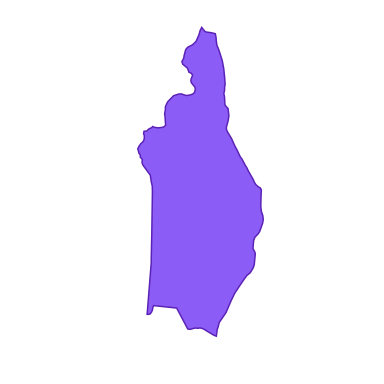 Querência do Norte, Paraná, Brazil (orthographic projection), rotated 149°
{"feature_id": "56859067B64295279901958", "entity_name": "Querência do Norte", "entity_type": "district", "adm_level": 2, "iso_a3": "BRA", "parent_name": "Brazil", "parent_adm1": "Paraná", "projection": "orthographic", "projection_center": [-53.558, -23.06], "detail": "fine", "context": "isolated", "style": "filled", "palette": "violet", "viewbox_px": 384, "rotation_deg": 149, "n_neighbors": 0, "source": "geoboundaries", "source_scale": "gbopen_adm2", "svg_char_len": 2079}
<svg xmlns="http://www.w3.org/2000/svg" viewBox="0 0 384 384"><g transform="rotate(149 192 192)"><path d="M171.2,278.5L172.0,276.8L175.3,273.0L176.1,270.9L180.2,262.9L182.1,262.3L184.4,262.8L187.9,264.4L190.8,266.7L192.0,268.4L193.5,267.9L196.1,268.3L199.5,267.6L201.8,268.8L203.4,267.1L203.9,264.9L204.9,263.1L206.2,261.5L208.3,260.3L211.3,259.7L214.4,258.2L216.3,256.9L216.8,254.8L217.5,252.7L217.3,250.4L218.4,248.5L217.8,245.5L219.7,243.0L220.2,240.4L219.6,233.6L219.1,227.8L221.5,222.2L223.0,217.6L225.9,212.4L226.8,211.0L243.7,183.8L248.0,176.9L261.5,155.5L263.2,152.6L293.5,110.2L291.1,109.0L288.7,109.8L286.6,111.3L285.2,113.1L283.4,114.4L264.9,100.4L266.2,76.7L264.1,75.1L261.6,74.5L259.0,73.6L257.1,72.1L255.2,71.4L253.8,70.1L252.4,68.2L249.8,63.1L246.8,57.6L245.4,55.9L241.0,61.4L239.4,62.6L235.9,66.1L225.0,71.1L214.7,78.5L207.7,83.1L198.3,87.6L193.7,89.7L192.2,90.4L187.9,92.2L184.1,92.7L182.0,93.6L178.6,95.5L176.0,97.7L169.6,106.4L169.0,108.5L168.9,112.1L165.0,117.5L163.8,119.0L161.4,120.8L156.8,122.1L154.3,123.3L147.6,128.8L145.1,131.7L143.5,135.2L142.5,139.8L140.4,144.3L134.5,153.6L132.4,156.7L131.4,158.4L131.4,160.5L132.5,162.3L133.5,165.6L133.5,168.6L133.1,170.8L132.9,180.4L132.5,184.9L132.6,187.2L132.5,188.9L132.2,194.2L132.5,197.5L131.8,204.3L131.5,209.9L130.6,217.2L130.6,224.7L130.3,227.9L129.0,230.0L127.2,231.7L124.4,234.4L121.0,238.5L118.1,245.0L118.9,248.8L118.5,250.5L115.2,256.6L114.0,260.0L111.6,262.5L109.9,265.3L108.4,266.8L105.3,272.8L101.3,281.3L98.4,289.0L96.3,297.8L95.5,301.7L95.2,304.5L93.6,308.5L91.7,312.3L90.5,315.7L93.3,318.5L97.5,321.9L98.3,323.3L98.9,328.1L101.9,326.2L104.9,323.3L111.0,319.0L114.9,318.1L116.6,317.9L120.4,318.3L122.7,317.9L124.4,317.0L128.5,313.0L129.9,311.3L131.3,310.2L133.5,309.0L134.1,306.3L132.1,300.5L132.9,296.2L131.5,294.2L131.3,291.8L134.6,289.3L135.6,288.0L136.3,286.1L135.5,280.5L136.2,278.5L137.6,276.9L139.1,275.9L141.0,275.6L144.5,276.4L146.8,277.5L148.1,278.5L150.5,281.5L152.9,282.8L158.1,284.0L166.0,282.0L168.3,280.7L171.2,278.5Z" fill="#8b5cf6" stroke="#5b21b6" stroke-width="1.5"/></g></svg>